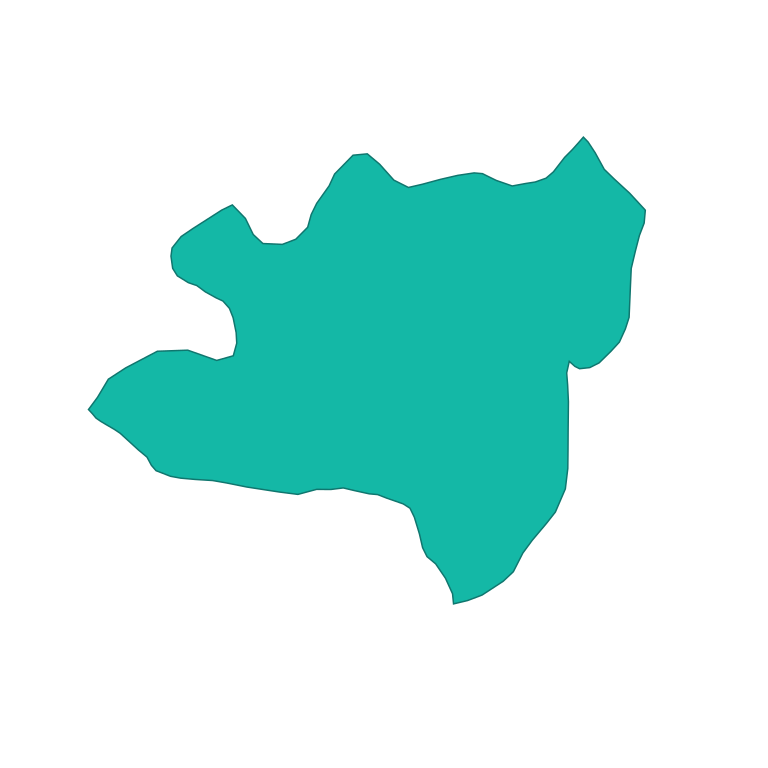 the district of Betong, Sarawak, Malaysia, rotated 347°
{"feature_id": "92858781B57071016151850", "entity_name": "Betong", "entity_type": "district", "adm_level": 2, "iso_a3": "MYS", "parent_name": "Malaysia", "parent_adm1": "Sarawak", "projection": "robinson", "projection_center": [111.499, 1.495], "detail": "fine", "context": "isolated", "style": "filled", "palette": "teal", "viewbox_px": 768, "rotation_deg": 347, "n_neighbors": 0, "source": "geoboundaries", "source_scale": "gbopen_adm2", "svg_char_len": 1739}
<svg xmlns="http://www.w3.org/2000/svg" viewBox="0 0 768 768"><g transform="rotate(347 384 384)"><path d="M402.3,613.9L416.7,613.8L432.1,611.7L455.8,603.0L467.8,596.0L481.3,579.9L493.3,569.6L510.9,556.4L522.2,547.3L537.1,527.0L544.1,507.6L548.4,489.9L552.8,471.3L556.8,454.8L559.7,442.8L562.7,426.3L564.5,414.3L569.6,403.6L574.0,409.8L578.0,413.1L588.2,414.3L598.4,411.8L612.6,403.1L622.8,396.1L631.6,384.6L637.8,374.2L646.4,343.1L650.9,327.0L658.9,310.9L666.3,296.7L673.7,285.7L677.7,273.5L677.5,273.0L666.3,253.4L654.4,236.0L646.9,224.4L641.8,206.3L637.3,194.1L633.8,188.3L627.6,192.8L620.2,198.0L611.0,203.8L596.8,215.4L588.2,219.9L576.8,221.2L567.2,220.5L553.5,219.9L539.2,210.9L531.9,205.0L527.3,201.2L519.3,198.6L502.8,197.3L485.1,197.3L466.3,198.0L452.0,198.0L439.5,187.6L429.2,168.9L419.5,156.0L405.3,154.1L383.1,168.3L375.1,178.6L359.1,192.8L351.2,202.5L344.9,214.1L330.6,223.1L316.4,225.1L297.6,219.9L290.2,208.9L286.2,191.5L276.5,175.4L275.1,175.7L265.1,178.0L232.6,189.6L219.5,194.7L208.1,203.8L205.2,211.5L204.1,223.8L207.0,232.2L216.1,241.2L222.3,245.1L223.5,245.7L230.7,254.1L239.8,262.3L245.7,266.9L250.4,275.5L251.9,285.5L251.5,300.7L249.7,311.1L243.5,322.6L226.3,323.4L200.4,306.9L170.5,301.1L135.9,310.2L116.5,317.3L101.9,332.5L90.3,342.4L93.2,347.4L95.7,352.4L99.8,356.9L104.5,361.4L111.1,367.6L115.8,372.6L130.0,393.2L136.6,401.9L139.1,411.0L142.4,417.2L155.2,425.9L164.7,430.0L178.5,434.5L195.3,439.5L208.1,444.9L227.1,453.5L257.7,465.7L275.3,472.2L294.7,471.5L308.4,474.8L320.9,476.1L331.2,481.2L344.9,487.7L352.9,490.3L361.4,496.1L375.7,505.1L381.4,510.9L383.6,520.6L384.8,538.0L384.8,552.2L387.1,561.9L393.9,570.9L400.2,587.1L403.6,603.8L402.3,613.9Z" fill="#14b8a6" stroke="#0f766e" stroke-width="1.5"/></g></svg>